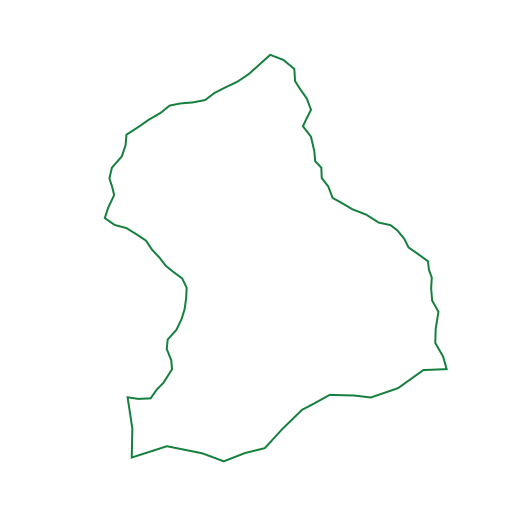 the district of Zabelê, Paraíba, Brazil, rotated 257°
{"feature_id": "56859067B18292318839761", "entity_name": "Zabelê", "entity_type": "district", "adm_level": 2, "iso_a3": "BRA", "parent_name": "Brazil", "parent_adm1": "Paraíba", "projection": "robinson", "projection_center": [-37.088, -8.075], "detail": "fine", "context": "isolated", "style": "outline", "palette": "green", "viewbox_px": 512, "rotation_deg": 257, "n_neighbors": 0, "source": "geoboundaries", "source_scale": "gbopen_adm2", "svg_char_len": 1289}
<svg xmlns="http://www.w3.org/2000/svg" viewBox="0 0 512 512"><g transform="rotate(257 256 256)"><path d="M87.6,89.6L90.7,126.4L75.8,159.3L63.2,178.4L66.5,201.0L66.8,221.3L81.6,242.9L95.8,266.3L98.9,278.3L104.1,296.6L98.0,320.2L92.3,336.0L95.3,364.7L107.2,393.4L102.9,416.3L115.9,415.7L130.9,411.1L144.6,414.7L160.6,421.2L173.0,417.6L185.2,419.4L195.4,422.4L203.7,421.4L212.2,422.4L221.0,414.7L230.0,406.6L239.4,404.3L249.1,399.5L255.8,394.0L261.0,383.0L271.4,372.8L279.7,360.6L288.7,351.1L295.3,343.7L307.4,342.1L317.1,337.6L327.4,339.5L335.0,335.0L345.2,336.4L359.9,336.4L371.9,330.9L378.8,336.4L386.1,342.5L398.0,340.9L409.1,336.4L417.6,333.4L429.6,335.4L440.8,326.9L448.8,315.1L442.4,303.5L434.9,289.9L430.1,277.3L427.0,263.4L424.2,252.2L419.4,241.5L419.9,228.4L421.6,217.3L422.0,205.7L417.1,195.7L412.8,181.9L407.9,169.7L403.4,157.1L393.2,153.8L383.3,147.7L374.5,135.5L364.6,130.6L355.8,131.4L347.3,131.5L336.4,122.9L327.0,117.2L318.0,125.3L312.3,136.1L302.9,145.5L295.8,152.2L285.6,156.1L275.9,161.7L266.9,165.8L259.8,171.3L250.8,179.0L240.8,181.3L230.4,178.4L220.1,174.4L211.3,169.3L202.0,161.9L194.5,151.2L185.5,148.1L173.5,150.0L164.5,148.7L153.1,137.1L148.3,129.4L141.0,121.3L143.2,109.3L147.2,99.1L115.7,96.7L87.6,89.6Z" fill="none" stroke="#15803d" stroke-width="2"/></g></svg>